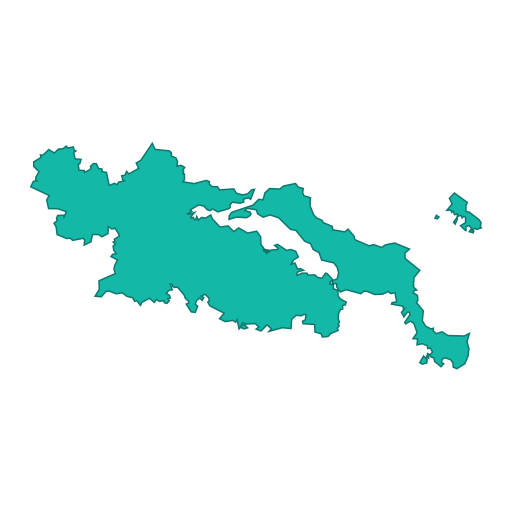 Stereas Elladas, Stereá Elláda, Greece (Natural Earth projection)
{"feature_id": "26713481B15414951167649", "entity_name": "Stereas Elladas", "entity_type": "district", "adm_level": 2, "iso_a3": "GRC", "parent_name": "Greece", "parent_adm1": "Stereá Elláda", "projection": "natural_earth1", "projection_center": [23.323, 38.611], "detail": "fine", "context": "isolated", "style": "filled", "palette": "teal", "viewbox_px": 512, "rotation_deg": 0, "n_neighbors": 0, "source": "geoboundaries", "source_scale": "gbopen_adm2", "svg_char_len": 6079}
<svg xmlns="http://www.w3.org/2000/svg" viewBox="0 0 512 512"><path d="M33.8,161.8L33.7,166.4L39.1,171.8L36.0,176.9L35.7,179.5L37.0,180.8L33.4,181.3L30.7,186.8L49.2,195.5L46.7,200.0L48.6,208.6L57.8,208.7L66.3,211.7L64.1,216.8L63.9,215.2L57.7,215.5L56.5,218.4L57.2,220.7L54.0,223.3L56.1,226.7L57.1,234.6L66.7,238.5L70.3,238.2L72.7,240.4L83.2,238.3L84.7,240.2L84.1,245.1L90.9,241.8L92.5,234.5L98.7,234.6L101.8,236.8L108.0,233.6L108.3,226.6L111.8,229.0L115.0,228.2L118.8,234.1L119.1,236.4L114.4,239.1L114.9,241.5L113.2,242.1L115.4,244.2L113.1,246.0L113.7,250.1L116.1,253.6L112.6,254.4L111.0,256.6L117.6,260.0L114.7,265.4L114.0,269.4L115.4,273.5L99.0,280.8L99.3,289.3L95.1,296.2L101.2,296.8L106.1,291.4L109.1,291.0L115.9,293.8L122.3,292.8L126.7,296.2L132.7,297.8L134.7,301.3L136.9,300.7L140.4,305.4L141.8,302.4L149.4,298.3L154.3,302.4L156.3,299.5L159.5,301.4L164.1,300.6L164.3,302.7L167.0,303.4L169.3,300.7L167.8,298.5L170.3,298.1L169.6,295.4L166.3,293.5L169.0,290.3L172.2,289.9L170.2,284.1L172.4,284.5L172.7,286.5L174.4,287.3L177.5,287.2L184.2,295.1L185.4,298.5L188.7,301.3L188.9,302.9L186.2,304.1L191.2,311.9L195.2,312.4L197.7,306.3L195.3,304.3L196.4,300.7L199.8,298.0L202.2,300.5L203.8,297.5L201.1,296.1L205.1,294.3L208.8,297.9L209.3,300.7L207.8,302.1L209.8,305.8L224.2,313.2L219.5,318.7L225.2,321.6L232.8,320.4L235.6,322.2L237.1,319.6L239.1,328.9L240.3,327.4L244.4,328.9L247.6,327.8L244.3,324.6L241.1,325.9L242.6,322.7L246.4,324.1L255.2,323.6L258.9,327.0L256.1,329.1L261.0,331.0L267.1,324.8L271.4,328.9L269.1,331.4L282.2,327.7L291.0,328.6L291.7,319.3L296.2,315.3L301.2,315.8L304.2,314.2L305.9,314.7L305.8,316.8L305.3,319.8L302.5,321.2L303.0,323.7L314.7,324.5L314.9,332.0L321.2,333.8L322.3,337.0L328.0,336.5L331.0,333.4L338.2,330.4L337.3,328.2L339.2,325.7L338.3,324.3L339.4,321.6L338.2,319.1L338.6,313.5L340.5,309.5L342.7,309.0L342.6,305.4L345.4,304.9L346.2,302.1L340.1,298.8L338.0,295.8L337.9,290.4L333.3,288.7L333.5,284.8L329.7,284.0L330.5,281.2L332.3,281.3L332.2,279.0L327.1,273.6L325.6,273.1L322.0,278.3L317.1,277.2L315.1,274.9L308.1,275.1L307.0,273.2L302.2,273.1L297.2,275.3L296.5,273.9L298.3,271.6L303.5,270.3L300.3,268.5L297.6,269.1L294.9,263.0L291.0,264.3L293.7,259.8L298.4,257.0L295.7,251.3L290.8,249.5L286.6,250.4L277.7,244.4L274.6,245.4L278.1,248.2L277.8,249.5L271.5,250.0L266.6,253.6L265.9,252.2L268.7,250.2L265.8,249.7L266.7,251.4L265.5,252.0L263.6,250.8L263.6,248.8L264.7,250.1L265.2,250.3L260.9,244.4L260.7,236.9L256.7,231.2L247.5,233.1L238.7,227.9L233.7,231.6L228.1,225.9L220.1,227.1L212.3,218.8L210.8,214.9L205.5,218.2L201.6,217.4L198.3,220.2L196.8,216.5L195.8,219.4L194.3,219.7L193.3,217.3L191.2,218.1L191.0,216.5L194.6,212.4L189.1,214.3L187.6,213.8L191.8,211.3L190.2,209.9L198.8,204.9L203.9,206.1L207.3,209.8L210.4,210.6L212.4,208.8L217.8,211.9L229.0,208.6L230.2,207.5L229.9,204.9L232.4,202.2L240.1,203.2L243.8,202.0L243.3,199.2L248.3,197.8L250.7,199.3L254.5,189.3L251.8,189.8L247.5,193.9L242.5,194.9L236.2,193.1L233.9,188.9L219.4,189.9L217.5,186.7L212.0,186.6L209.2,183.9L209.4,181.6L206.4,180.4L194.2,183.6L183.0,181.8L184.5,179.6L184.4,174.0L182.9,173.5L183.7,171.6L182.7,170.4L184.7,167.4L181.1,165.3L176.9,166.2L177.5,161.3L176.1,158.1L171.5,156.0L171.3,152.7L169.4,150.9L155.1,149.4L152.3,143.3L140.8,160.4L136.2,163.0L138.7,168.4L128.7,174.0L126.6,171.3L125.0,175.2L121.7,175.8L122.7,179.6L124.4,180.9L118.6,182.1L117.0,184.7L114.4,183.3L109.2,185.5L106.5,172.5L102.4,171.6L101.7,168.8L98.7,168.8L96.4,163.8L93.5,163.5L90.4,166.4L91.1,168.1L89.9,169.6L84.7,172.4L84.2,170.5L79.1,170.3L78.2,164.4L79.7,163.8L81.1,159.4L75.1,158.9L73.7,152.5L75.9,150.9L74.2,150.2L73.3,146.9L67.7,148.1L66.3,146.1L62.8,148.8L58.4,149.1L54.4,153.0L48.8,149.6L42.6,155.4L40.5,154.9L40.9,157.5L33.8,161.8ZM295.5,183.5L283.5,186.0L279.8,189.1L269.6,188.5L264.9,192.9L263.1,199.8L258.7,199.3L253.1,205.1L231.8,212.3L229.3,215.6L228.9,219.4L236.5,217.1L246.5,217.7L249.8,215.8L251.0,214.0L250.0,212.0L244.9,210.7L247.1,208.4L256.4,209.8L257.6,213.8L263.2,217.2L270.2,214.9L278.8,217.9L290.5,229.4L295.8,230.3L304.6,241.1L310.6,243.8L313.1,249.4L319.1,252.7L321.7,260.1L333.9,262.9L337.4,267.7L338.6,273.0L337.1,279.1L333.0,280.2L332.2,283.4L336.6,283.7L336.8,287.0L340.2,292.0L346.4,289.7L360.9,293.7L363.9,291.2L366.9,291.3L374.7,294.5L383.0,294.1L388.1,291.5L390.7,293.6L395.1,292.7L396.6,301.9L392.1,302.6L391.5,304.1L403.2,306.3L403.3,308.8L405.0,308.5L401.5,312.3L403.9,316.9L407.4,312.1L409.5,312.4L410.1,314.6L404.7,322.3L405.6,323.9L410.4,321.2L413.9,323.4L417.1,332.7L413.0,338.6L417.6,339.0L417.0,344.9L422.2,343.7L427.2,345.6L427.8,348.5L430.5,348.2L432.5,352.1L430.2,354.5L431.1,357.0L434.0,357.9L434.6,361.4L441.0,366.7L443.7,363.7L441.4,362.6L442.3,359.0L445.3,357.8L450.8,359.8L453.0,363.2L453.2,367.1L456.9,368.7L464.8,363.7L468.0,356.1L468.9,348.7L467.0,341.8L469.4,333.4L464.3,336.0L447.8,335.5L442.1,331.8L436.4,333.6L433.4,331.3L433.4,328.2L431.2,329.0L425.7,326.3L422.3,320.7L423.3,310.9L416.4,302.4L417.9,300.4L417.4,295.4L413.3,292.8L414.1,290.5L416.7,290.0L413.5,287.1L413.9,277.6L419.8,270.4L405.1,258.4L405.0,253.0L409.5,249.1L394.7,243.0L385.6,244.8L381.6,247.5L373.6,244.6L369.2,245.8L354.9,239.7L354.1,236.3L348.0,229.1L344.9,231.9L332.8,229.8L332.2,226.4L323.0,222.5L322.2,220.4L316.8,218.1L313.7,214.8L310.0,205.8L310.5,197.7L304.0,195.8L302.6,192.7L303.3,188.5L298.3,187.2L295.5,183.5ZM465.9,211.5L466.0,205.2L467.4,202.5L454.4,193.0L449.4,198.4L452.1,204.0L446.9,210.3L450.8,210.1L451.7,212.4L453.3,211.1L454.5,214.6L457.7,214.0L457.2,216.6L461.0,215.3L462.1,217.9L463.9,216.4L465.5,217.2L465.6,222.6L460.5,225.7L465.1,230.2L466.0,230.5L465.9,226.7L469.1,225.5L472.9,230.0L474.5,228.2L476.9,229.4L481.3,227.9L480.4,226.3L481.1,222.7L479.0,219.7L469.4,212.2L465.9,211.5ZM426.7,363.0L427.2,359.6L423.6,356.0L419.8,362.6L422.3,364.2L426.7,363.0ZM455.2,224.1L457.1,219.7L457.3,217.2L453.5,222.3L455.2,224.1ZM437.3,218.9L439.0,217.0L436.4,215.3L435.0,218.2L437.3,218.9ZM427.7,353.6L426.5,356.9L428.7,358.3L429.0,354.2L427.7,353.6ZM473.8,231.2L470.5,229.8L469.3,231.7L473.2,232.8L473.8,231.2Z" fill="#14b8a6" stroke="#0f766e" stroke-width="1.5"/></svg>